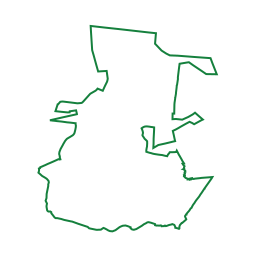 outline of El Oro, México, Mexico, rotated 265°
{"feature_id": "50627088B36645453040308", "entity_name": "El Oro", "entity_type": "district", "adm_level": 2, "iso_a3": "MEX", "parent_name": "Mexico", "parent_adm1": "México", "projection": "robinson", "projection_center": [-100.072, 19.796], "detail": "fine", "context": "isolated", "style": "outline", "palette": "green", "viewbox_px": 256, "rotation_deg": 265, "n_neighbors": 0, "source": "geoboundaries", "source_scale": "gbopen_adm2", "svg_char_len": 5561}
<svg xmlns="http://www.w3.org/2000/svg" viewBox="0 0 256 256"><g transform="rotate(265 128 128)"><path d="M232.9,99.7L226.4,99.5L209.3,99.1L209.1,99.1L208.6,99.1L203.0,100.2L198.0,101.1L193.1,102.0L186.9,103.2L186.7,111.7L178.9,112.1L177.7,111.8L176.0,111.2L171.7,108.6L167.3,106.1L169.9,101.1L168.8,100.1L167.9,98.8L167.6,98.1L165.7,94.0L165.4,93.4L164.6,92.5L158.5,86.0L157.3,84.6L157.0,83.6L157.0,79.8L159.9,66.1L160.1,64.7L160.0,62.8L157.4,60.1L157.5,59.9L151.1,57.2L149.9,63.2L148.8,69.1L148.7,71.2L149.7,71.4L150.1,77.8L146.8,78.3L146.2,78.3L144.3,63.9L142.5,50.9L142.1,52.9L142.0,53.3L141.9,53.7L141.8,54.4L141.3,56.8L141.1,57.6L140.6,60.3L140.2,62.4L139.7,64.6L139.1,67.2L138.9,68.1L138.5,70.4L138.2,71.9L137.3,76.2L136.9,76.1L135.6,76.2L135.0,76.3L133.5,76.1L131.3,75.5L129.8,75.0L128.1,74.4L127.2,74.0L126.3,73.2L125.6,72.4L124.3,69.8L124.1,69.4L123.3,67.7L123.1,67.3L122.9,66.9L122.6,66.3L122.0,65.6L120.9,64.5L120.5,64.2L120.2,63.9L119.1,63.2L118.7,62.9L118.2,62.5L117.6,62.1L117.2,61.9L116.2,61.2L113.8,59.6L113.3,59.2L110.1,57.6L108.3,57.2L107.8,57.2L106.4,57.5L105.5,57.6L105.4,57.5L104.1,57.6L103.7,57.7L102.7,57.9L102.6,57.0L102.8,56.6L103.0,56.1L102.8,55.5L102.3,54.1L101.0,50.4L100.1,47.7L99.2,44.9L98.2,42.2L97.6,40.3L97.3,39.6L97.1,39.0L97.0,38.4L96.7,37.8L96.6,37.2L95.8,37.0L95.4,35.7L94.3,35.8L93.0,35.6L91.3,34.9L89.2,36.9L87.7,38.3L86.0,40.7L84.5,42.6L82.3,44.2L80.8,44.4L79.7,44.0L78.7,43.6L77.2,43.5L75.5,43.0L69.4,41.2L65.3,40.7L62.7,39.6L59.8,40.7L58.1,40.2L57.2,40.0L56.2,40.0L54.0,40.2L53.0,40.3L52.2,40.8L51.7,41.5L51.6,43.3L50.9,44.2L49.7,44.2L47.8,45.5L45.4,47.0L44.6,47.9L44.5,48.2L44.4,49.6L43.2,53.5L42.0,56.4L40.6,60.9L39.9,63.2L39.7,64.1L38.5,66.7L37.0,69.9L33.0,79.2L31.5,80.5L30.9,82.4L29.3,87.8L29.1,92.1L30.6,94.8L30.0,96.1L29.4,96.9L29.1,97.5L27.7,99.4L26.9,100.9L26.4,103.5L27.3,106.6L28.7,108.9L30.0,111.0L30.6,112.6L31.1,114.3L31.1,117.0L30.2,119.3L28.8,122.0L27.9,121.8L26.6,123.2L26.1,125.0L26.3,125.9L26.6,127.5L29.4,133.3L30.8,135.6L31.5,137.5L32.3,139.0L32.4,140.3L31.6,142.7L29.9,146.6L28.8,146.5L28.3,147.9L28.3,148.8L28.0,150.6L28.1,151.9L28.1,152.3L27.8,152.7L27.2,152.9L27.2,154.2L27.2,154.7L27.1,155.4L27.5,155.9L27.5,156.2L27.4,156.8L27.0,157.1L27.1,158.0L27.8,160.5L28.1,162.8L28.4,163.7L27.7,165.2L27.4,165.7L25.4,166.5L24.5,166.4L23.8,168.5L23.1,170.0L23.4,170.4L23.7,170.5L24.5,170.5L25.2,170.6L26.0,170.9L26.8,171.3L28.2,172.7L28.7,173.2L28.8,173.5L28.6,173.5L28.7,173.8L29.2,174.4L29.9,175.4L30.7,176.5L31.4,177.5L32.0,178.1L34.2,177.3L35.2,177.1L37.0,178.5L36.9,178.8L37.4,178.9L38.4,179.8L40.4,181.9L42.4,183.4L42.9,184.3L44.1,185.0L45.5,185.9L46.8,187.0L47.4,187.6L47.7,187.8L48.4,188.3L49.9,189.5L53.5,192.9L55.4,194.3L57.0,195.7L60.8,198.7L60.8,198.9L60.9,199.1L61.3,199.1L61.5,199.3L63.3,200.8L68.6,205.3L70.5,206.9L71.8,207.8L71.8,207.6L71.8,205.4L71.9,196.9L71.8,195.4L71.7,190.2L71.5,189.1L71.5,188.9L71.7,188.6L71.7,188.1L71.8,187.8L71.7,187.4L71.5,186.7L71.2,186.2L71.3,185.6L71.1,184.7L71.5,184.6L71.7,184.4L71.7,185.0L72.0,186.5L72.3,187.6L72.6,188.4L72.0,183.6L71.8,183.2L71.7,182.9L72.3,182.9L73.3,181.0L75.1,179.5L75.7,179.7L75.3,180.0L75.1,180.4L75.8,180.6L76.1,180.4L76.2,180.2L76.4,180.0L76.6,180.4L77.1,180.4L77.4,180.3L77.7,180.4L77.8,180.7L78.4,180.5L78.9,180.5L79.1,180.6L79.3,180.9L79.4,181.3L79.8,181.2L79.8,181.3L80.1,181.3L80.1,181.2L80.4,181.1L80.7,181.1L80.8,180.9L81.3,180.5L82.1,179.7L82.2,179.4L82.3,179.6L82.4,179.9L82.7,180.2L82.8,180.5L83.0,180.5L83.2,180.4L83.5,180.3L84.0,180.4L84.3,180.6L85.0,181.0L85.4,180.6L86.5,180.0L86.5,179.8L87.7,179.2L87.8,180.7L89.0,180.1L90.1,179.5L91.4,178.9L91.8,178.8L92.8,178.3L93.3,178.1L94.1,177.7L95.0,177.3L96.1,176.8L97.0,176.3L98.1,175.9L101.2,174.6L99.9,173.9L99.9,172.3L100.0,170.5L100.1,169.3L100.2,168.0L100.2,167.4L99.1,166.7L98.5,165.9L97.7,165.3L96.5,164.6L97.1,162.5L97.4,161.6L98.1,159.6L98.3,158.5L98.8,156.1L99.8,152.0L100.3,150.4L101.0,148.7L101.4,147.4L101.6,146.9L101.9,146.2L102.7,144.2L104.3,144.3L105.4,144.6L106.6,144.9L107.8,145.3L109.2,145.5L110.5,145.7L111.3,145.8L113.1,145.9L113.7,145.5L114.5,144.8L114.9,144.5L115.3,144.1L115.7,143.7L116.0,143.5L116.3,143.4L118.9,142.0L119.2,141.8L119.4,141.8L119.8,141.8L120.2,142.0L120.5,142.1L121.0,142.3L121.4,142.4L121.9,142.5L122.4,142.5L122.8,142.4L123.3,142.4L123.8,142.3L124.5,142.1L125.0,142.0L125.3,141.9L126.5,141.5L127.0,142.3L127.2,142.8L127.5,143.3L127.7,143.9L127.9,144.5L128.0,145.3L128.0,145.9L128.0,146.6L127.8,147.8L127.6,148.8L127.3,150.1L127.0,151.1L126.9,151.7L126.7,152.6L126.4,153.7L126.3,154.1L123.6,153.8L115.1,152.6L110.1,152.1L105.9,151.5L107.0,153.8L107.8,155.5L108.4,156.7L109.3,163.7L110.2,169.7L110.5,171.5L110.8,173.8L112.8,173.5L116.9,173.0L121.2,172.4L122.4,175.6L123.6,178.3L124.9,181.0L127.2,186.1L128.8,189.9L127.9,191.4L127.5,192.2L126.0,194.2L129.4,201.9L129.9,203.3L133.6,199.7L137.4,196.1L136.7,195.0L136.2,194.2L135.8,193.5L133.7,188.9L131.6,182.8L132.8,176.5L132.9,173.1L138.5,173.7L138.3,175.3L147.5,176.3L148.1,176.4L148.5,176.5L148.8,176.5L151.7,177.2L153.4,177.6L154.1,177.6L154.3,177.8L158.1,178.8L158.6,178.8L164.3,180.0L166.2,180.3L166.6,180.6L172.4,182.0L174.1,182.1L182.6,183.9L183.5,184.1L184.9,184.4L185.1,184.5L186.2,184.7L186.3,184.7L186.6,184.8L186.8,184.8L187.5,185.0L188.1,192.5L188.2,194.4L184.8,198.4L181.5,202.5L178.2,206.6L174.9,210.6L173.8,221.1L178.9,219.6L185.3,217.7L190.4,216.3L192.9,200.7L195.7,183.8L196.7,176.0L198.8,172.6L202.2,168.2L209.6,162.3L214.8,163.2L220.0,164.1L221.4,156.8L224.3,142.5L227.2,128.2L230.0,114.0L232.9,99.7Z" fill="none" stroke="#15803d" stroke-width="2"/></g></svg>